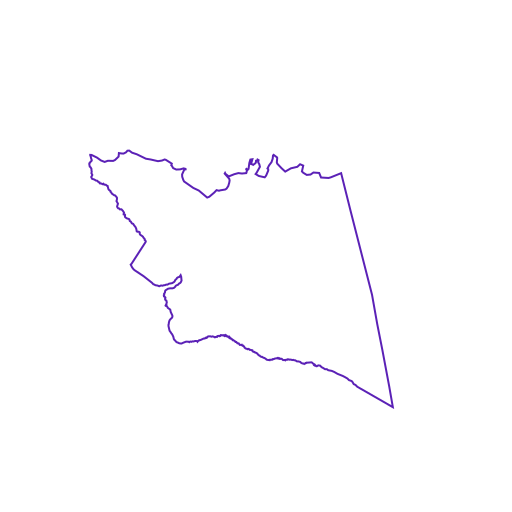 Turkana West, Rift Valley, Kenya, rotated 120°
{"feature_id": "3690345B77554234988908", "entity_name": "Turkana West", "entity_type": "district", "adm_level": 2, "iso_a3": "KEN", "parent_name": "Kenya", "parent_adm1": "Rift Valley", "projection": "albers", "projection_center": [34.901, 4.052], "detail": "fine", "context": "isolated", "style": "outline", "palette": "violet", "viewbox_px": 512, "rotation_deg": 120, "n_neighbors": 0, "source": "geoboundaries", "source_scale": "gbopen_adm2", "svg_char_len": 6163}
<svg xmlns="http://www.w3.org/2000/svg" viewBox="0 0 512 512"><g transform="rotate(120 256 256)"><path d="M326.1,360.2L327.8,357.6L328.7,355.5L329.0,354.1L329.7,343.1L331.2,332.7L331.8,330.8L331.6,330.0L331.6,328.5L330.8,326.4L330.6,324.7L329.0,323.5L328.4,322.0L327.6,321.4L326.7,320.2L325.7,319.5L325.0,318.3L323.5,317.5L321.4,315.0L319.3,313.9L318.5,313.8L317.0,313.9L315.6,313.4L314.4,313.4L313.6,313.0L312.4,311.9L310.3,311.7L311.4,310.4L314.5,308.2L316.2,308.0L317.0,308.1L317.5,308.3L318.4,308.9L319.8,309.1L321.3,310.3L322.0,310.6L323.0,310.6L324.6,311.1L325.7,312.1L326.9,314.2L328.3,315.8L331.0,317.2L331.7,317.2L333.2,316.6L334.8,316.7L335.5,316.0L336.1,316.2L337.0,315.5L337.1,314.0L337.2,313.8L337.5,313.5L338.7,313.3L339.4,312.4L339.5,312.1L339.4,311.4L339.7,311.0L340.9,310.0L342.0,309.8L342.5,309.4L343.4,309.6L344.2,309.5L344.3,309.0L344.0,307.9L345.0,306.5L345.3,303.5L347.1,301.9L349.2,298.9L349.8,298.3L351.0,297.9L351.5,297.9L353.1,298.4L354.4,298.7L355.5,298.6L357.1,298.2L358.7,297.5L359.4,297.4L360.6,296.6L363.6,293.8L364.1,293.2L364.7,291.7L365.3,290.7L365.7,289.5L367.2,287.3L369.0,285.6L369.5,284.6L369.6,283.6L370.1,282.8L370.3,281.3L370.0,280.4L370.1,279.6L369.7,278.0L369.0,276.7L367.4,275.6L365.1,273.7L364.0,271.6L364.0,270.7L363.4,270.5L362.9,270.1L362.6,269.0L361.8,268.5L361.2,267.3L360.2,266.4L359.8,265.8L359.2,264.6L359.5,263.8L358.8,263.8L358.0,263.2L357.3,263.1L356.6,262.1L353.7,260.1L353.1,259.1L352.0,258.8L351.8,258.6L351.9,258.1L351.5,257.7L350.8,257.8L350.5,257.5L349.8,257.4L349.2,256.8L348.3,255.2L348.2,254.3L347.3,253.4L347.0,251.9L347.0,250.9L346.4,250.6L345.5,249.2L344.9,249.1L344.6,249.3L344.4,249.1L343.5,247.9L343.6,247.3L342.9,246.8L342.1,246.9L341.5,245.7L341.4,245.1L341.1,244.9L341.1,244.4L340.5,244.1L340.5,243.9L341.0,243.7L341.0,242.9L340.7,242.8L340.4,243.4L340.2,243.3L340.2,242.9L339.8,242.8L340.0,242.4L339.7,242.0L340.1,241.6L339.9,241.1L340.2,240.5L339.7,240.2L339.7,239.5L339.2,239.0L339.4,238.6L340.1,238.5L340.4,237.9L340.3,237.4L339.9,237.3L340.2,236.6L339.9,236.3L340.0,235.5L340.6,234.0L340.5,233.8L340.2,233.8L340.4,231.0L340.7,230.7L340.3,230.0L340.9,228.4L340.3,227.4L341.1,225.6L340.6,224.8L340.4,224.1L340.0,223.9L340.3,223.4L340.1,222.7L340.4,222.6L340.4,222.3L340.2,221.6L340.6,220.6L341.0,220.3L341.3,218.8L340.9,217.3L341.0,216.8L340.3,216.3L340.1,215.8L340.4,214.8L340.2,214.7L340.2,214.3L339.7,212.7L339.9,212.0L339.6,211.8L340.2,211.0L340.3,210.5L340.0,209.5L339.8,209.3L340.1,208.5L339.7,207.2L339.9,206.6L339.8,206.0L340.3,205.2L340.6,203.6L340.4,203.1L340.7,202.2L340.7,200.9L340.3,200.4L340.4,198.6L340.1,197.8L340.2,195.9L340.4,195.4L340.4,194.6L339.4,192.1L339.0,192.2L337.9,190.4L337.5,189.9L337.0,190.0L336.2,188.9L335.4,188.4L334.3,187.0L333.8,186.6L333.9,186.3L333.2,186.0L333.2,185.4L333.0,185.1L333.5,184.7L333.5,184.4L332.9,183.9L332.8,183.3L332.5,183.2L332.2,182.3L332.6,180.6L331.9,179.4L331.7,178.5L331.3,178.6L330.5,177.5L329.9,177.2L329.9,176.7L329.4,176.5L329.1,175.8L329.1,175.3L328.3,174.0L328.0,172.6L327.3,171.8L327.2,170.8L326.7,169.8L326.8,167.8L326.1,166.6L325.6,164.7L326.0,163.2L325.7,161.6L325.3,160.9L325.4,160.3L324.9,160.1L324.5,159.6L323.8,159.5L323.6,159.0L322.9,158.7L322.6,158.0L320.4,154.9L320.3,154.0L320.7,152.8L320.6,151.1L320.7,150.8L321.5,150.9L321.5,149.9L321.1,149.3L321.3,148.7L321.1,148.2L319.6,147.4L318.9,145.7L319.5,143.5L319.4,142.4L319.5,139.6L318.6,138.1L318.8,136.4L317.6,132.9L317.3,130.3L317.3,126.5L316.5,120.9L316.4,118.3L316.4,115.5L317.0,113.4L316.7,112.0L316.5,110.5L316.9,109.4L318.1,107.3L317.9,105.4L318.6,102.9L318.5,61.9L302.6,75.2L274.3,99.5L254.3,117.0L231.6,136.1L169.5,196.8L141.7,223.7L150.4,230.5L152.1,232.1L155.5,238.9L152.5,242.8L155.0,248.0L158.2,249.5L160.4,252.6L160.3,256.7L159.8,258.5L154.1,260.3L154.5,263.7L158.1,264.8L162.6,269.6L168.3,272.9L167.2,277.8L165.4,283.8L164.5,284.8L160.8,286.5L160.1,287.0L159.6,291.3L160.5,291.5L163.4,290.2L167.0,289.5L171.0,290.0L174.5,289.8L174.7,288.8L176.0,288.1L180.8,287.5L182.0,287.5L183.5,287.8L185.3,293.6L185.2,297.3L183.7,297.1L176.8,297.2L174.9,299.0L173.8,300.9L172.5,301.5L171.7,301.7L171.7,302.9L172.8,302.7L173.5,303.6L175.0,302.9L175.9,302.9L178.5,304.0L178.4,304.6L178.8,306.3L174.0,307.5L175.3,309.1L178.7,308.3L184.3,306.0L185.6,306.3L185.3,307.8L185.7,307.9L186.5,306.5L187.1,306.5L188.0,306.1L189.1,305.9L191.6,309.4L193.0,312.7L196.0,315.7L200.7,319.4L200.1,323.6L199.6,324.3L200.3,324.3L202.5,317.8L203.8,316.6L206.0,315.8L209.3,315.0L212.4,315.2L213.8,315.9L217.1,319.9L218.0,320.7L218.7,323.1L222.0,323.9L228.1,326.1L229.8,327.5L227.9,338.3L228.4,344.3L227.4,355.6L226.4,357.1L224.3,359.5L222.3,360.8L217.1,361.3L216.2,360.3L215.8,360.6L216.3,362.5L218.9,365.0L221.0,368.3L221.3,371.7L219.9,374.1L219.8,374.7L218.1,375.1L217.8,382.1L218.1,383.4L220.3,385.1L222.9,388.3L225.1,395.5L226.8,400.0L227.5,410.1L228.5,415.0L228.1,418.5L229.1,420.0L231.2,420.4L233.5,421.9L234.5,423.8L235.4,426.2L238.6,424.7L243.4,426.1L245.1,427.3L247.6,431.9L250.2,434.1L250.8,438.0L250.3,442.9L250.7,448.9L251.3,450.1L251.8,449.8L252.6,448.7L253.4,448.1L255.2,446.1L256.0,446.0L257.1,446.5L257.9,446.3L258.9,446.7L259.7,446.4L261.7,444.7L261.9,443.6L262.8,442.1L264.1,441.3L265.0,440.5L266.6,439.9L267.5,438.4L267.9,438.2L270.0,438.2L271.1,436.6L270.6,434.1L270.7,432.4L270.2,431.0L270.7,429.7L270.5,428.3L271.2,427.7L271.2,427.4L270.6,426.4L270.5,424.7L269.7,424.3L270.1,423.1L269.4,421.7L269.7,420.2L269.5,419.6L271.9,417.2L272.3,416.2L272.4,414.7L273.1,414.2L273.3,413.1L274.0,412.2L274.3,409.2L274.0,408.3L274.7,406.2L275.2,405.4L276.9,404.6L278.2,404.3L279.7,401.7L282.5,401.1L283.0,400.6L283.4,399.8L283.6,399.2L283.3,398.4L283.7,397.1L282.9,396.1L282.9,395.6L283.5,393.8L284.4,392.0L286.0,391.6L286.2,391.4L285.7,390.2L285.9,389.9L287.3,389.3L287.8,388.7L288.0,386.7L287.5,384.5L287.7,383.9L288.8,382.8L288.8,381.6L289.8,379.9L289.6,378.4L290.5,376.7L291.1,375.0L292.2,373.4L294.3,371.6L294.3,370.9L293.6,369.6L293.6,368.8L293.7,368.5L294.8,367.9L295.2,367.4L295.5,366.7L295.6,364.8L295.8,363.6L296.4,362.6L296.9,361.0L297.8,360.4L297.8,359.8L298.4,358.8L299.2,358.6L325.0,359.9L326.1,360.2Z" fill="none" stroke="#5b21b6" stroke-width="2"/></g></svg>